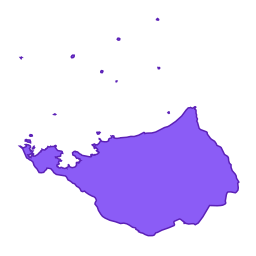 Kota Padang, Sumatera Barat, Indonesia (Robinson projection), rotated 88°
{"feature_id": "22746128B51925287869213", "entity_name": "Kota Padang", "entity_type": "district", "adm_level": 2, "iso_a3": "IDN", "parent_name": "Indonesia", "parent_adm1": "Sumatera Barat", "projection": "robinson", "projection_center": [100.373, -0.936], "detail": "fine", "context": "isolated", "style": "filled", "palette": "violet", "viewbox_px": 256, "rotation_deg": 88, "n_neighbors": 0, "source": "geoboundaries", "source_scale": "gbopen_adm2", "svg_char_len": 6029}
<svg xmlns="http://www.w3.org/2000/svg" viewBox="0 0 256 256"><g transform="rotate(88 128 128)"><path d="M185.9,19.1L182.0,21.3L179.6,21.6L177.9,22.4L174.3,25.3L170.9,26.4L168.3,26.3L166.8,27.8L164.4,28.5L161.3,28.7L159.9,29.4L157.8,32.5L150.8,35.6L150.0,36.6L148.5,39.7L146.5,40.5L144.3,41.9L142.2,45.0L141.2,46.0L136.9,48.9L135.1,49.1L134.4,50.0L132.1,55.6L130.8,56.9L125.0,58.3L123.4,59.1L122.3,58.5L121.3,58.3L119.4,59.2L117.2,59.0L115.7,59.5L112.7,59.4L112.2,59.6L111.5,60.6L110.7,60.5L109.8,59.6L109.4,59.6L109.1,60.0L109.2,60.7L110.1,61.8L110.5,63.0L109.6,64.9L109.9,65.2L110.0,67.1L112.0,69.2L117.9,73.9L123.1,80.1L127.1,86.4L128.0,88.2L128.8,91.5L133.0,100.5L133.8,104.4L133.8,109.3L134.1,111.4L133.2,111.7L133.0,112.3L135.5,117.5L136.7,122.1L136.5,125.6L137.2,129.4L137.5,135.9L137.7,136.4L138.0,139.1L137.9,140.6L137.4,142.2L137.0,142.6L136.5,142.2L135.5,142.5L135.2,143.5L135.7,144.4L135.5,145.0L136.7,144.5L137.0,144.6L137.5,145.3L137.6,146.3L138.5,147.7L140.0,147.8L140.7,149.0L141.0,149.9L141.0,151.6L140.4,154.9L139.9,155.8L142.4,157.6L143.8,159.4L143.4,161.4L142.8,162.1L143.6,164.4L144.1,164.1L145.2,162.6L145.1,162.2L145.3,162.4L145.6,162.1L145.7,162.3L146.2,161.9L146.7,162.6L147.3,162.0L146.3,160.7L147.8,159.7L147.8,159.3L148.5,159.0L149.3,159.3L149.6,160.3L149.8,160.2L149.6,159.2L150.2,159.1L150.5,160.0L150.3,159.1L150.7,159.0L150.7,158.4L151.4,158.3L151.4,157.8L151.6,157.8L153.0,159.5L153.5,161.6L153.8,161.9L153.6,162.2L153.9,162.3L153.8,163.7L153.3,164.1L153.1,164.7L153.3,165.9L153.9,166.1L154.6,165.3L155.4,165.9L155.5,166.8L155.1,168.8L153.8,174.4L153.4,175.4L152.9,175.7L152.1,177.2L150.2,179.2L149.8,180.6L150.0,181.2L149.4,181.6L149.6,182.7L150.8,184.3L153.0,184.1L154.1,181.9L156.5,180.4L156.4,179.4L156.8,178.3L157.3,178.5L156.9,178.2L157.2,177.5L157.4,177.7L157.5,177.3L158.0,176.9L158.8,177.1L158.9,176.5L159.7,177.8L160.1,177.5L160.6,177.9L160.8,179.2L161.2,178.7L161.3,179.0L160.5,179.9L160.7,180.7L162.3,180.9L163.1,180.6L164.8,181.9L165.3,182.9L165.7,185.0L165.1,187.0L163.9,188.2L163.4,188.1L162.6,188.6L162.8,189.0L164.0,188.8L164.3,188.5L165.6,190.9L165.9,190.8L165.7,191.1L166.2,192.3L166.2,193.3L165.8,193.8L165.7,194.9L165.2,195.3L164.9,196.3L165.5,197.1L165.4,198.3L164.8,198.8L164.5,199.6L164.2,199.5L164.0,200.2L162.8,200.4L162.0,199.9L162.3,199.4L161.7,198.2L160.9,198.1L160.3,198.7L158.8,198.3L158.5,198.0L158.8,196.0L158.4,195.6L157.8,196.4L156.7,197.1L156.6,198.4L155.0,200.7L155.1,201.4L154.4,201.5L154.6,200.3L154.1,199.1L154.3,198.3L154.2,197.7L153.9,197.7L153.8,196.4L151.6,196.0L151.0,195.6L150.8,195.3L151.0,194.2L149.3,194.6L148.9,195.1L148.1,198.9L147.2,199.8L144.8,201.4L143.9,201.0L143.9,200.5L143.2,200.5L142.9,201.0L143.1,201.7L143.8,202.6L143.9,205.5L143.5,206.0L144.1,206.6L144.2,207.4L143.7,208.7L145.2,209.4L145.3,209.9L146.0,210.3L145.9,210.9L147.0,211.7L147.1,212.2L146.7,214.0L146.2,214.7L147.0,214.8L147.9,215.4L147.9,215.9L148.8,216.0L149.0,216.9L151.3,219.2L152.9,222.0L152.6,223.1L152.8,223.7L152.4,224.3L152.4,225.2L152.8,225.9L154.1,226.1L153.8,226.6L154.0,227.3L153.9,227.4L153.8,227.2L153.5,227.7L153.0,227.8L152.5,228.6L152.2,228.2L151.4,228.8L151.5,228.0L151.0,227.4L150.6,225.9L150.2,225.9L149.6,225.1L147.7,223.8L147.7,224.6L147.1,225.5L147.7,226.0L147.3,226.4L147.0,226.1L145.0,227.2L143.8,226.0L142.4,226.4L141.3,228.3L141.3,229.4L140.9,230.0L141.0,231.2L142.0,230.3L143.0,230.3L144.1,233.1L144.0,233.9L142.4,236.1L142.4,236.9L145.0,234.0L153.7,230.6L154.6,230.0L154.9,229.1L156.3,227.5L157.2,225.7L158.9,224.1L161.9,223.3L163.7,222.2L165.7,220.4L169.4,218.4L169.7,216.3L169.4,213.8L167.2,211.9L166.7,210.9L165.4,210.6L165.3,209.6L166.0,206.6L168.5,204.5L169.9,203.8L171.9,201.3L173.7,192.4L174.3,191.6L175.3,190.9L177.7,189.8L179.2,187.3L181.3,185.0L181.8,183.3L184.4,181.4L185.7,179.3L186.9,178.2L189.4,177.0L190.0,175.7L189.6,173.5L190.9,172.3L193.0,169.4L195.0,165.9L195.4,164.6L196.5,163.2L198.7,162.2L199.5,162.2L201.2,163.3L202.8,163.7L206.0,161.4L209.3,160.4L213.2,158.2L215.4,156.6L217.2,154.1L219.6,149.3L221.2,143.9L223.2,138.8L222.9,135.6L223.7,132.6L225.2,129.9L227.4,126.9L228.1,124.0L228.9,123.6L229.5,123.7L231.1,120.9L231.9,121.2L233.1,118.9L233.6,116.9L235.0,114.7L236.3,111.6L236.4,107.0L235.8,105.4L233.8,104.0L233.4,102.3L231.3,97.7L229.2,91.0L227.1,85.4L226.4,84.9L223.6,85.5L222.8,84.9L220.7,79.7L221.2,78.5L224.0,75.3L226.0,75.2L223.9,75.2L225.3,73.7L226.1,70.7L225.9,67.9L225.9,65.7L227.0,64.2L225.4,61.1L219.4,56.3L208.3,49.2L208.8,41.5L208.7,38.1L208.4,36.0L207.4,33.7L206.4,32.9L204.4,33.3L198.1,32.0L196.5,31.4L195.4,30.3L195.5,27.3L196.5,23.0L195.8,21.9L193.9,20.3L191.6,19.9L187.0,20.3L185.9,19.1ZM139.4,225.9L138.5,225.8L136.6,226.4L136.4,229.2L135.9,230.2L136.4,231.1L137.5,231.1L137.5,230.1L138.7,228.4L138.6,227.6L139.4,225.9ZM55.0,182.3L55.9,181.7L55.7,180.3L54.9,179.4L53.4,179.2L53.2,180.7L53.8,181.6L55.0,182.3ZM131.8,156.6L131.5,156.1L131.1,156.5L131.3,158.7L131.1,159.1L131.3,159.3L132.7,158.8L133.1,158.4L133.0,157.3L132.3,156.6L131.8,156.6ZM38.4,133.1L37.9,134.0L37.9,135.0L38.9,135.7L39.7,135.0L39.9,134.0L39.5,133.2L38.4,133.1ZM132.2,226.6L132.8,226.1L132.9,225.3L132.6,223.9L132.1,223.9L131.4,224.4L131.2,226.0L132.2,226.6ZM70.3,153.2L71.4,153.2L71.7,152.9L71.8,151.8L70.7,151.1L70.0,151.2L69.7,152.3L70.3,153.2ZM144.8,222.4L144.3,222.0L143.9,222.4L143.0,222.6L143.5,223.2L144.2,223.3L145.0,224.3L145.6,224.2L145.5,223.1L144.9,223.0L144.8,222.4ZM20.8,95.7L21.3,94.2L21.1,93.7L20.5,93.6L19.6,94.6L20.4,95.7L20.8,95.7ZM68.6,95.9L69.8,95.6L69.9,94.8L69.2,94.2L68.7,94.4L68.7,94.7L68.6,95.9ZM114.1,87.6L114.8,86.6L114.5,86.2L113.3,86.5L113.4,87.0L114.1,87.6ZM151.9,224.7L151.0,223.4L150.7,223.2L150.2,223.7L151.1,224.6L151.8,224.9L151.9,224.7ZM111.9,201.6L112.2,200.3L111.9,199.8L111.4,200.5L111.4,200.9L111.9,201.6ZM138.4,157.0L138.6,156.0L137.7,156.6L137.6,157.1L138.4,157.0ZM81.3,138.3L81.4,137.8L80.7,137.4L80.6,138.1L81.3,138.3ZM54.9,232.4L54.7,232.3L53.8,232.5L53.8,233.2L54.9,232.4ZM53.0,232.5L53.7,232.0L53.7,231.7L53.0,232.5Z" fill="#8b5cf6" stroke="#5b21b6" stroke-width="1.5"/></g></svg>